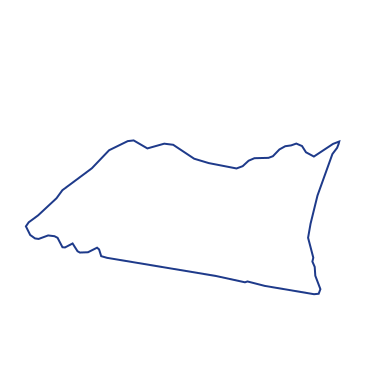 outline of El Adelanto, Jutiapa, Guatemala, rotated 16°
{"feature_id": "79465075B13602510028618", "entity_name": "El Adelanto", "entity_type": "district", "adm_level": 2, "iso_a3": "GTM", "parent_name": "Guatemala", "parent_adm1": "Jutiapa", "projection": "natural_earth1", "projection_center": [-89.854, 14.18], "detail": "fine", "context": "isolated", "style": "outline", "palette": "blue", "viewbox_px": 384, "rotation_deg": 16, "n_neighbors": 0, "source": "geoboundaries", "source_scale": "gbopen_adm2", "svg_char_len": 905}
<svg xmlns="http://www.w3.org/2000/svg" viewBox="0 0 384 384"><g transform="rotate(16 192 192)"><path d="M122.4,278.7L128.5,278.7L238.6,266.1L267.8,264.2L270.0,262.7L287.9,262.2L337.5,256.6L341.8,254.9L342.2,250.0L333.6,238.5L330.6,230.2L326.9,225.7L326.7,221.7L316.2,204.0L314.7,189.8L313.6,160.8L316.5,116.8L319.3,109.6L319.7,105.4L319.6,102.9L314.3,106.9L299.4,124.3L290.6,122.4L285.1,117.5L278.9,116.7L274.4,119.9L269.0,122.3L264.3,127.0L259.9,135.3L256.1,138.1L242.7,142.3L237.8,146.3L233.6,153.2L228.3,157.1L200.1,159.6L184.9,159.4L160.9,151.8L152.0,153.2L137.1,162.4L121.7,158.5L116.2,160.8L100.8,174.7L89.2,196.8L66.9,226.0L63.5,235.3L50.5,256.9L43.4,266.1L41.8,270.8L48.3,277.9L53.9,279.9L57.5,279.4L65.7,273.4L72.0,272.4L75.4,273.1L82.7,280.8L85.2,280.3L91.4,274.4L98.3,280.5L100.9,281.1L108.6,278.6L116.1,271.7L118.5,272.8L122.4,278.7Z" fill="none" stroke="#1e3a8a" stroke-width="2"/></g></svg>